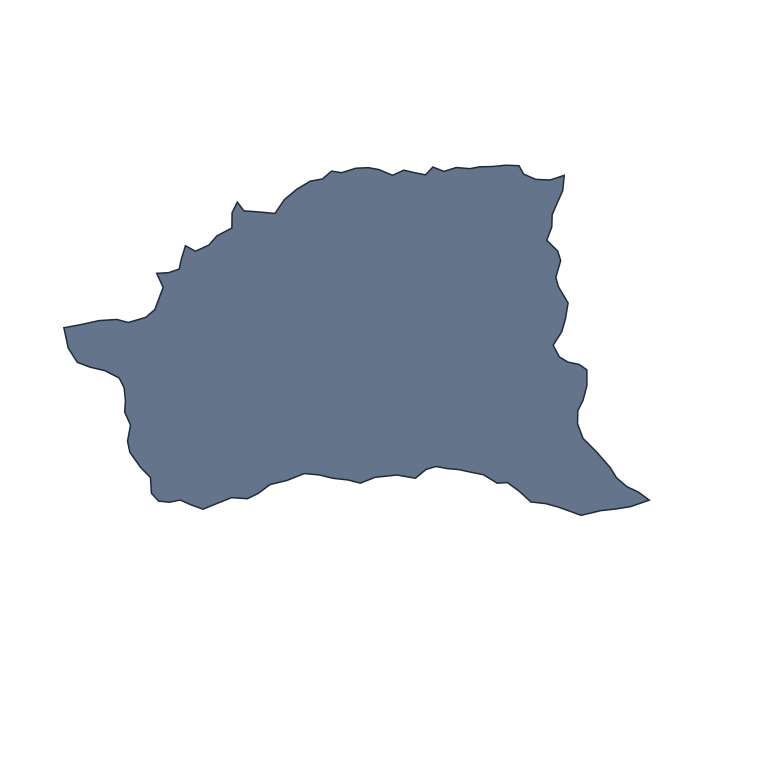 the district of Santa Bárbara de Goiás, Goiás, Brazil, rotated 61°
{"feature_id": "56859067B76762527426674", "entity_name": "Santa Bárbara de Goiás", "entity_type": "district", "adm_level": 2, "iso_a3": "BRA", "parent_name": "Brazil", "parent_adm1": "Goiás", "projection": "orthographic", "projection_center": [-49.679, -16.596], "detail": "fine", "context": "isolated", "style": "filled", "palette": "slate", "viewbox_px": 768, "rotation_deg": 61, "n_neighbors": 0, "source": "geoboundaries", "source_scale": "gbopen_adm2", "svg_char_len": 1670}
<svg xmlns="http://www.w3.org/2000/svg" viewBox="0 0 768 768"><g transform="rotate(61 384 384)"><path d="M172.4,326.6L174.8,338.5L170.8,350.2L171.4,365.9L174.4,381.7L182.0,396.7L173.8,408.6L164.6,422.6L153.8,424.1L160.6,433.9L173.8,441.4L173.4,458.3L177.6,469.8L176.4,484.6L166.8,490.6L176.0,500.2L184.2,507.5L182.2,518.4L177.0,529.2L192.4,530.3L207.8,548.4L210.2,560.1L206.2,577.9L198.0,586.4L190.4,602.5L184.8,621.3L179.6,636.7L199.6,642.8L216.4,641.7L226.8,632.9L237.0,621.7L250.4,612.7L261.2,613.1L273.0,618.1L282.8,624.4L297.0,625.6L309.8,636.1L320.6,639.4L339.2,637.3L352.6,633.6L366.8,640.4L377.1,637.9L383.3,629.2L386.7,618.5L396.1,611.4L405.7,603.1L407.7,586.4L409.5,572.4L418.1,559.1L418.7,546.8L416.7,532.4L421.3,515.7L423.7,497.1L432.1,484.8L441.7,474.4L450.5,462.0L459.3,452.7L461.3,437.0L469.9,416.8L481.7,402.2L479.1,388.8L481.3,378.6L488.9,369.4L495.2,360.0L501.8,352.5L511.6,341.0L525.6,333.1L530.0,323.9L543.4,317.7L558.4,312.7L567.0,300.6L576.4,291.0L594.4,275.3L599.8,255.9L605.6,242.1L610.8,227.8L614.2,208.3L602.0,213.8L591.6,221.3L578.8,226.1L566.6,226.7L547.0,230.9L528.0,236.3L512.6,234.0L501.4,227.5L494.8,217.9L483.8,207.3L470.0,199.7L461.4,203.9L454.0,212.5L445.4,217.5L432.2,217.3L424.4,203.1L415.2,193.9L402.4,183.7L383.4,184.3L374.0,182.0L361.8,169.7L352.0,167.6L337.2,172.0L328.0,161.1L317.6,154.9L310.4,145.7L301.6,134.0L288.9,125.2L286.1,139.8L278.5,152.2L268.1,160.1L258.5,160.1L251.7,171.4L246.7,183.0L240.5,194.9L237.3,204.5L229.7,215.8L227.1,228.5L217.9,236.1L221.2,246.3L213.4,255.5L206.6,263.0L205.6,275.3L194.0,284.5L187.2,292.8L181.6,304.1L178.6,318.7L172.4,326.6Z" fill="#64748b" stroke="#1e293b" stroke-width="1.5"/></g></svg>